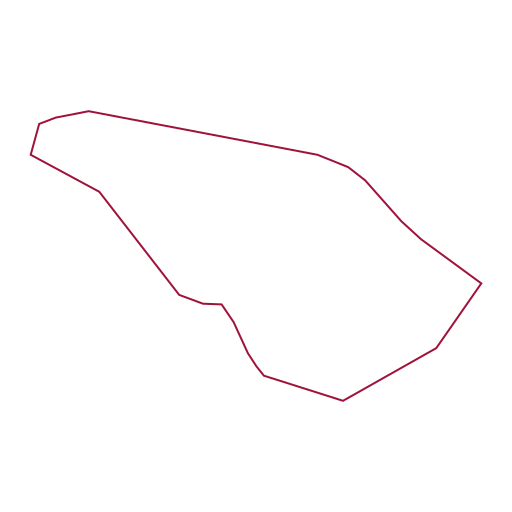 map outline of Žiri (Natural Earth projection)
{"feature_id": "SVN-1021", "entity_name": "Žiri", "entity_type": "Municipality", "adm_level": 1, "iso_a3": "SVN", "parent_name": "Slovenia", "parent_adm1": "", "projection": "natural_earth1", "projection_center": [14.104, 46.045], "detail": "fine", "context": "isolated", "style": "outline", "palette": "rose", "viewbox_px": 512, "rotation_deg": 0, "n_neighbors": 0, "source": "natural_earth", "source_scale": "10m", "svg_char_len": 373}
<svg xmlns="http://www.w3.org/2000/svg" viewBox="0 0 512 512"><path d="M88.7,111.2L317.5,154.8L348.3,167.2L365.2,180.4L401.3,221.2L421.1,239.3L481.3,283.4L436.3,348.1L343.0,400.8L263.9,375.7L256.4,366.3L247.9,353.2L233.6,322.1L221.6,304.4L202.9,303.7L179.2,294.9L99.3,191.8L30.7,154.8L39.2,123.9L55.7,117.6L88.7,111.2Z" fill="none" stroke="#9f1239" stroke-width="2"/></svg>